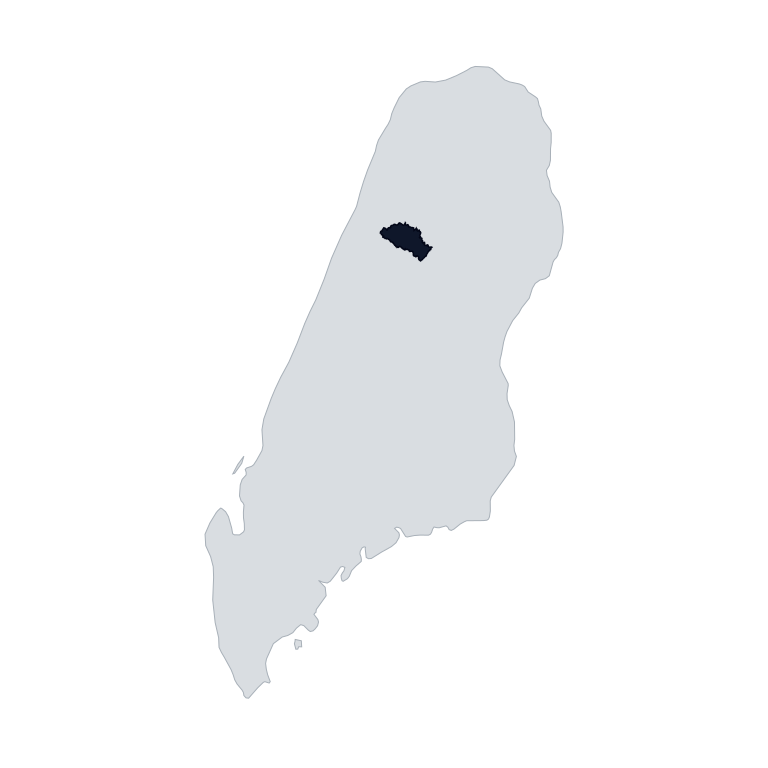 location of Ambalavao, Haute Matsiatra, Madagascar, rotated 185°
{"feature_id": "10022922B7475622417535", "entity_name": "Ambalavao", "entity_type": "district", "adm_level": 2, "iso_a3": "MDG", "parent_name": "Madagascar", "parent_adm1": "Haute Matsiatra", "projection": "orthographic", "projection_center": [46.669, -21.841], "detail": "fine", "context": "in_parent", "style": "filled", "palette": "ink", "viewbox_px": 768, "rotation_deg": 185, "n_neighbors": 0, "source": "geoboundaries", "source_scale": "gbopen_adm2", "svg_char_len": 8651}
<svg xmlns="http://www.w3.org/2000/svg" viewBox="0 0 768 768"><g transform="rotate(185 384 384)"><path d="M506.9,76.3L509.0,81.4L511.5,86.2L519.3,97.9L522.6,102.5L525.4,107.3L526.6,116.8L531.4,131.6L535.8,153.9L536.9,176.6L538.2,187.1L541.7,197.0L547.5,207.4L549.2,218.8L545.3,230.4L539.9,241.3L538.5,243.3L536.0,246.1L534.9,245.9L530.7,243.0L527.4,238.3L523.2,227.2L521.7,221.6L519.9,220.7L514.7,221.1L511.0,224.5L510.3,226.6L511.0,232.8L512.3,238.4L512.9,244.1L512.9,251.2L514.2,253.4L516.2,255.2L518.2,259.9L518.4,271.0L517.0,276.6L513.4,281.4L513.6,284.0L514.8,286.8L513.5,288.4L508.8,290.4L506.8,292.2L504.2,297.1L499.8,307.0L499.2,312.1L501.6,327.8L500.7,338.8L495.1,359.8L491.9,369.8L487.5,381.7L480.7,397.4L474.0,417.2L468.2,437.5L464.0,449.8L459.3,461.8L452.8,483.1L447.2,504.8L439.1,528.6L428.0,555.2L426.8,558.6L424.5,572.2L422.0,584.0L419.0,595.7L412.9,615.0L412.2,620.9L410.8,626.6L404.9,638.7L402.5,643.2L400.7,648.0L399.8,654.1L398.0,659.9L393.8,670.7L387.5,679.9L383.2,683.3L374.1,688.1L369.4,689.1L359.1,689.3L349.1,692.1L338.7,697.5L328.8,703.7L325.0,706.6L320.8,708.3L307.6,708.8L303.6,707.5L290.3,697.5L285.2,695.9L275.4,694.7L272.5,693.9L269.8,692.6L265.8,687.4L257.9,683.1L256.0,681.7L254.8,678.6L253.9,675.3L251.8,671.7L250.2,664.6L247.5,659.7L240.1,651.2L239.3,648.4L238.5,639.1L238.6,632.9L237.7,621.4L238.4,616.0L240.8,611.1L239.7,605.9L236.8,600.4L235.7,594.7L233.6,589.5L225.7,580.3L223.8,575.7L222.5,570.9L219.3,556.1L218.8,550.9L219.0,539.9L219.9,534.3L221.7,530.3L222.1,527.3L223.3,524.8L225.1,522.7L226.2,520.3L228.8,506.2L232.4,503.0L237.8,501.1L242.1,497.4L244.5,492.4L246.8,482.1L253.5,471.9L255.9,466.5L261.3,458.4L266.1,447.0L267.5,441.6L268.5,436.1L269.6,424.1L270.5,418.1L270.2,412.2L267.3,406.2L260.4,395.3L260.1,393.3L260.6,385.1L259.9,379.1L257.3,373.3L254.0,367.8L250.7,357.5L249.0,340.3L249.2,334.1L248.2,328.6L245.8,323.4L247.3,314.2L267.3,280.7L268.0,276.8L267.0,266.7L267.4,260.8L268.1,258.6L269.6,257.3L273.1,256.6L289.7,255.0L291.8,253.9L295.9,251.1L301.6,245.6L304.2,244.0L306.4,244.6L307.9,246.9L309.8,248.1L316.5,245.6L319.0,245.5L321.7,245.9L322.9,243.7L323.6,240.6L324.6,238.5L326.4,237.3L335.0,236.6L340.5,235.7L347.6,233.6L349.2,234.0L354.9,241.5L356.7,242.2L358.9,242.5L360.9,241.1L356.2,237.1L355.5,234.9L355.7,232.3L358.2,226.9L362.4,222.7L371.7,216.4L381.4,209.1L384.2,208.6L386.6,209.7L388.4,218.4L388.2,219.8L389.7,220.0L391.5,218.9L393.1,215.4L393.2,212.6L391.9,209.8L391.3,207.4L391.2,205.3L396.1,200.2L400.0,195.3L401.8,189.5L403.4,186.9L407.5,183.9L408.7,184.4L409.6,186.8L410.1,189.4L409.1,192.0L407.6,194.5L407.0,197.9L409.3,198.6L411.4,197.8L414.6,191.6L418.3,185.9L420.4,182.8L423.2,180.8L427.7,181.2L432.1,182.6L424.9,176.4L423.2,168.0L431.8,153.5L431.9,150.5L433.1,149.6L433.7,148.4L429.3,143.5L428.5,141.1L429.1,137.4L431.2,134.1L433.2,131.9L435.9,131.0L438.1,132.3L442.8,136.3L446.0,137.0L449.9,133.2L453.1,128.4L457.9,125.1L463.3,123.1L471.6,115.7L477.1,99.9L477.6,95.3L476.4,89.7L474.6,84.3L471.4,77.6L472.3,76.1L476.8,77.1L478.3,76.2L483.3,70.4L491.5,59.2L494.1,59.3L496.4,61.4L497.2,64.5L498.8,66.8L504.2,72.3L506.9,76.3ZM450.2,120.0L450.2,121.8L444.0,121.0L443.1,115.0L446.1,114.8L446.8,112.4L448.7,112.1L450.6,117.4L450.2,120.0ZM522.6,291.2L517.3,299.9L518.8,292.6L525.0,282.1L526.8,281.3L522.6,291.2Z" fill="#d9dde1" stroke="#a8b0b8" stroke-width="1"/><path d="M373.7,519.9L373.4,520.0L373.0,520.2L372.9,520.3L372.7,520.4L372.1,520.0L371.4,519.6L371.1,519.6L370.9,519.8L370.6,519.5L370.5,519.2L370.2,518.8L370.2,518.3L369.7,518.3L369.2,518.4L368.8,518.5L367.8,518.7L367.3,518.7L367.1,518.6L367.0,518.3L366.7,518.2L366.6,517.6L366.5,517.3L366.3,517.2L366.2,517.0L366.0,515.6L366.1,515.4L365.8,514.5L365.2,514.1L364.8,514.1L364.5,514.0L364.3,514.0L364.0,513.8L363.8,513.8L363.4,513.5L363.0,513.7L362.9,513.9L362.9,514.2L363.1,514.3L363.0,514.5L362.6,514.6L362.3,514.4L362.1,514.7L361.9,514.7L361.6,514.4L361.3,514.2L361.0,513.8L360.5,513.4L360.3,513.1L360.4,512.6L360.6,512.4L360.4,511.8L360.3,511.6L360.1,511.0L359.9,510.8L359.7,510.8L359.4,510.5L359.1,510.5L358.8,510.1L358.3,509.8L358.0,510.1L357.9,510.2L357.5,510.8L357.0,511.1L356.8,511.4L356.5,511.4L356.4,511.8L356.3,512.1L356.1,512.3L355.4,513.1L354.9,513.4L354.5,514.2L353.8,515.0L353.7,515.0L353.4,514.9L353.3,515.0L353.2,515.5L353.0,515.8L353.1,516.3L353.0,516.5L352.9,516.5L352.8,516.9L352.6,517.4L352.5,517.5L352.4,517.7L352.3,517.9L352.2,518.0L351.9,518.6L351.9,518.9L351.6,519.3L351.5,519.5L351.4,519.9L351.2,519.9L351.1,520.0L351.1,520.3L351.0,520.5L350.8,520.6L350.7,520.9L350.6,521.0L350.3,521.0L350.2,521.0L350.2,521.4L350.2,521.7L349.9,521.8L349.8,522.0L349.5,521.9L349.2,522.0L349.1,522.3L349.2,523.0L348.9,523.6L348.2,524.4L348.4,524.5L349.0,524.6L349.3,524.5L350.2,524.4L350.7,524.2L351.3,524.4L351.5,524.5L351.7,524.8L352.1,525.2L352.1,526.0L352.5,526.1L352.8,526.4L353.0,526.3L353.1,526.1L353.1,525.8L353.2,525.5L353.6,525.6L353.9,526.0L354.3,526.0L354.7,525.9L355.0,525.7L355.4,525.6L355.6,525.8L355.9,526.1L356.1,526.3L356.1,526.8L355.8,527.2L355.7,527.6L356.0,528.6L356.8,528.5L357.1,528.5L357.2,528.4L356.9,528.1L357.3,528.1L357.4,527.9L357.5,527.8L357.9,528.4L358.0,528.8L358.3,528.7L358.4,529.1L358.3,529.3L358.3,529.7L358.1,530.0L358.3,530.2L358.4,530.3L358.7,530.4L358.9,530.5L359.0,530.7L358.9,531.4L359.0,531.7L358.9,532.2L359.0,532.4L359.2,532.6L360.3,532.9L360.5,533.2L360.5,533.6L360.9,533.6L361.0,532.8L361.2,532.7L361.4,532.9L361.4,533.3L361.1,533.8L360.9,534.4L361.0,534.5L361.2,534.9L361.4,535.2L361.4,535.7L361.0,536.2L360.7,536.9L360.7,537.4L360.6,537.9L360.7,538.1L360.9,538.1L361.0,538.4L361.0,538.6L361.1,538.8L361.5,538.9L361.9,539.1L362.1,539.5L362.2,540.3L362.3,540.4L362.5,540.4L362.8,539.7L363.2,539.6L363.3,539.5L363.6,539.5L363.9,539.4L364.6,540.0L364.5,540.4L364.7,540.6L364.7,540.9L364.5,541.1L364.7,541.3L365.1,541.2L365.3,541.3L365.5,541.9L365.7,541.5L365.9,540.9L366.5,540.7L366.9,540.1L367.1,539.8L367.2,539.7L367.4,539.6L367.5,539.5L367.8,540.5L368.0,541.2L368.1,542.1L369.2,542.3L369.8,542.3L370.1,542.2L370.7,542.3L371.0,542.4L371.2,542.6L371.6,542.7L372.6,542.7L373.0,542.7L373.3,543.1L373.1,543.4L373.2,543.6L373.4,543.9L373.5,544.2L373.7,544.4L373.9,544.4L374.0,544.5L374.2,544.8L374.5,544.8L374.9,544.6L375.1,544.4L375.2,544.2L375.3,544.2L375.8,544.3L376.1,544.4L376.3,544.5L376.7,544.9L376.8,545.1L376.7,545.6L376.7,545.8L376.6,546.0L376.6,546.3L376.8,546.5L376.9,545.9L377.2,545.5L377.7,544.8L377.9,544.1L378.0,544.0L378.4,543.8L379.3,543.9L379.5,544.3L379.7,544.5L380.3,544.8L380.9,545.2L381.2,545.3L381.3,545.1L381.5,545.1L382.2,545.8L382.3,545.9L383.1,545.6L383.4,545.2L383.3,544.8L383.4,544.5L384.1,544.2L384.3,543.6L384.5,543.6L384.9,543.2L385.0,543.2L385.1,543.5L385.4,543.6L385.9,543.5L386.3,543.7L386.5,543.9L387.2,543.9L387.3,543.9L387.5,544.0L387.8,544.0L388.1,543.7L388.3,543.3L388.8,543.1L388.9,542.7L389.0,542.6L389.8,542.7L390.2,542.5L390.5,542.5L390.9,542.0L391.1,541.6L391.1,541.3L391.0,540.8L391.0,540.4L391.1,540.2L391.4,540.1L392.3,540.3L392.7,540.1L393.1,540.0L393.3,539.9L393.4,539.7L393.5,539.2L393.8,539.0L393.9,538.2L394.4,537.5L394.5,537.5L394.8,538.1L395.2,538.5L395.5,538.6L395.9,539.0L396.2,538.9L396.6,539.3L396.8,539.3L396.9,539.2L397.3,539.5L397.8,539.6L398.1,539.1L398.3,538.8L398.4,538.3L398.9,537.6L399.3,536.8L399.3,536.5L399.2,536.3L399.2,536.1L399.5,536.1L400.1,536.1L400.5,535.6L400.7,535.3L400.7,534.9L400.7,534.7L400.8,534.2L400.7,534.2L400.4,534.1L400.2,533.9L400.1,533.6L399.5,533.0L399.5,532.9L399.5,532.7L399.2,532.7L398.8,532.2L398.5,532.1L398.4,532.0L398.0,532.0L397.2,531.3L397.4,531.1L397.5,530.8L397.9,530.9L398.0,530.7L398.1,530.4L397.9,530.1L397.5,530.0L397.1,530.1L396.7,530.0L396.4,529.6L396.0,529.5L395.7,529.3L395.6,529.1L395.2,529.2L394.5,529.1L394.4,528.9L394.2,528.9L394.0,529.1L393.7,529.1L393.6,528.9L393.1,529.2L392.9,529.1L392.5,528.9L392.2,528.7L392.0,528.4L391.6,528.4L391.3,528.3L391.3,528.2L390.9,527.9L390.8,527.7L389.9,526.4L389.4,526.6L389.2,526.2L388.6,526.1L388.3,526.0L388.1,526.1L387.8,526.1L387.7,526.0L387.7,525.7L387.6,525.4L387.3,525.3L387.1,525.4L386.8,524.9L386.6,524.7L386.4,524.5L386.3,524.4L386.1,524.0L385.3,523.1L385.1,523.0L384.8,523.1L384.5,522.9L384.4,522.7L384.4,522.4L384.2,522.2L384.0,521.9L383.4,521.6L382.9,521.7L382.8,521.4L382.7,521.5L382.3,521.7L382.1,521.4L381.7,521.3L381.2,521.6L381.2,522.0L380.9,522.2L380.5,522.4L380.3,522.6L379.9,522.3L379.4,522.3L379.3,522.2L379.2,522.0L378.8,521.7L378.6,521.7L378.4,521.2L377.8,520.9L377.4,521.0L377.3,520.9L377.1,520.5L376.9,520.4L376.7,520.1L376.3,520.1L375.7,519.7L375.4,519.4L374.8,519.4L374.6,520.0L374.7,520.3L374.6,520.5L374.3,520.1L373.7,519.9Z" fill="#0f172a" stroke="#020617" stroke-width="1.5"/></g></svg>